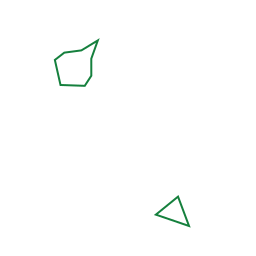 Baker Island, orthographic projection, rotated 112°
{"feature_id": "UMI-5171", "entity_name": "Baker Island", "entity_type": "state/province", "adm_level": 1, "iso_a3": "UMI", "parent_name": "United States Minor Outlying Islands", "parent_adm1": "", "projection": "orthographic", "projection_center": [-176.475, 0.208], "detail": "fine", "context": "isolated", "style": "outline", "palette": "green", "viewbox_px": 256, "rotation_deg": 112, "n_neighbors": 0, "source": "natural_earth", "source_scale": "10m", "svg_char_len": 312}
<svg xmlns="http://www.w3.org/2000/svg" viewBox="0 0 256 256"><g transform="rotate(112 128 128)"><path d="M58.1,188.8L77.5,188.0L93.3,181.6L105.1,183.9L113.4,206.7L92.3,221.3L82.0,215.3L73.5,200.3L58.1,188.8ZM196.0,34.7L197.9,69.7L172.9,55.9L196.0,34.7Z" fill="none" stroke="#15803d" stroke-width="2"/></g></svg>